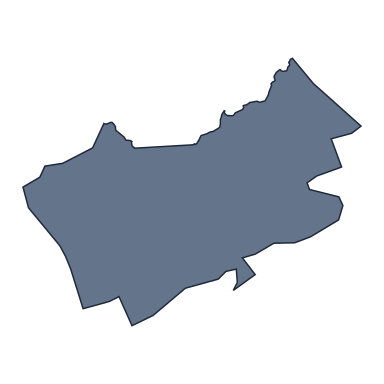 the district of Tazewell, Virginia, United States of America
{"feature_id": "52423323B83888441081601", "entity_name": "Tazewell", "entity_type": "district", "adm_level": 2, "iso_a3": "USA", "parent_name": "United States of America", "parent_adm1": "Virginia", "projection": "equal_earth", "projection_center": [-81.51, 37.135], "detail": "fine", "context": "isolated", "style": "filled", "palette": "slate", "viewbox_px": 384, "rotation_deg": 0, "n_neighbors": 0, "source": "geoboundaries", "source_scale": "gbopen_adm2", "svg_char_len": 1626}
<svg xmlns="http://www.w3.org/2000/svg" viewBox="0 0 384 384"><path d="M103.9,123.5L92.6,147.9L62.7,163.3L44.9,166.1L39.9,177.1L23.0,187.1L28.5,207.8L59.8,245.7L65.5,256.3L70.7,269.0L83.1,308.7L109.5,301.4L119.0,296.6L132.0,325.7L153.1,315.4L185.4,288.2L218.3,279.1L226.0,271.4L236.3,269.1L237.3,282.4L233.3,290.4L255.2,274.6L242.4,257.9L255.3,254.1L273.9,243.2L294.6,242.8L310.5,236.8L338.6,219.9L342.9,205.5L338.9,196.9L309.5,189.5L307.1,182.8L316.7,176.0L341.6,167.0L331.2,138.8L351.7,133.3L361.0,126.1L336.3,104.0L313.4,83.6L292.4,58.3L290.3,59.4L290.0,60.4L289.4,61.8L288.8,62.1L288.9,63.0L289.5,63.7L289.7,65.0L287.8,67.2L287.2,69.8L286.3,70.9L284.8,71.0L283.4,71.4L281.4,70.9L281.0,70.7L280.6,69.9L280.1,69.6L279.4,70.0L276.4,72.3L274.2,76.1L274.2,78.0L274.8,79.0L275.1,80.2L274.4,81.2L272.4,82.1L271.0,83.9L271.6,85.4L268.9,92.3L268.7,93.2L268.7,93.7L267.7,96.1L265.2,100.8L259.6,102.3L257.1,101.2L249.4,102.6L249.0,103.2L246.4,104.9L244.1,105.3L243.2,105.9L243.6,107.0L243.5,107.9L242.5,109.6L235.3,112.8L233.5,115.4L231.8,115.8L227.4,115.5L225.7,114.6L224.5,113.1L224.3,111.8L224.7,111.4L224.7,110.9L224.1,110.9L221.9,114.4L221.5,116.1L221.1,117.7L220.3,119.8L220.4,123.2L219.9,126.8L219.2,127.7L213.2,131.4L209.8,132.1L207.0,133.7L201.3,135.5L200.9,135.9L198.9,140.1L196.7,143.6L195.5,144.3L195.1,144.4L194.9,144.1L194.4,143.8L193.2,144.8L134.4,148.2L134.2,147.5L132.9,146.8L131.9,145.4L131.5,141.8L131.8,141.6L130.2,140.5L126.0,140.2L124.1,137.1L115.7,130.2L115.4,126.5L113.8,124.2L112.0,122.4L110.5,122.4L109.5,122.9L106.9,124.0L104.3,123.9L103.9,123.5Z" fill="#64748b" stroke="#1e293b" stroke-width="1.5"/></svg>